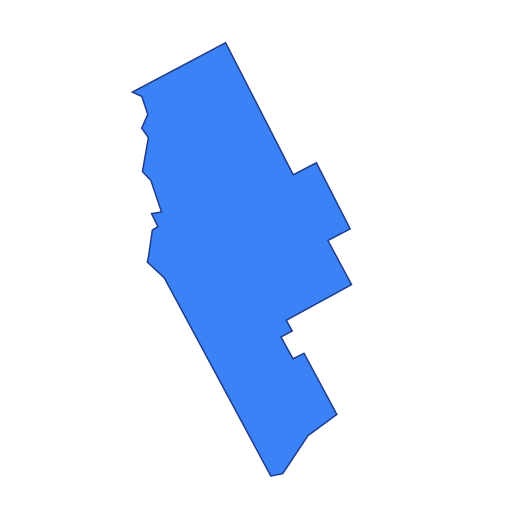 the district of Ben Hill, Georgia, United States of America, rotated 241°
{"feature_id": "52423323B98536911266025", "entity_name": "Ben Hill", "entity_type": "district", "adm_level": 2, "iso_a3": "USA", "parent_name": "United States of America", "parent_adm1": "Georgia", "projection": "albers", "projection_center": [-83.233, 31.752], "detail": "fine", "context": "isolated", "style": "filled", "palette": "blue", "viewbox_px": 512, "rotation_deg": 241, "n_neighbors": 0, "source": "geoboundaries", "source_scale": "gbopen_adm2", "svg_char_len": 537}
<svg xmlns="http://www.w3.org/2000/svg" viewBox="0 0 512 512"><g transform="rotate(241 256 256)"><path d="M56.4,162.3L52.7,173.9L73.7,214.3L78.3,249.9L147.6,250.8L148.2,238.5L173.1,238.6L172.9,251.3L185.1,251.3L184.7,325.7L234.7,326.4L234.1,351.5L308.3,354.0L309.0,327.9L457.3,332.8L459.3,227.3L450.9,233.5L432.4,230.0L423.2,218.0L411.7,219.3L384.9,197.6L373.1,200.7L340.3,194.7L343.7,185.2L329.2,184.5L328.9,177.9L308.0,162.0L303.4,158.0L281.3,165.2L86.5,162.7L56.4,162.3Z" fill="#3b82f6" stroke="#1e3a8a" stroke-width="1.5"/></g></svg>